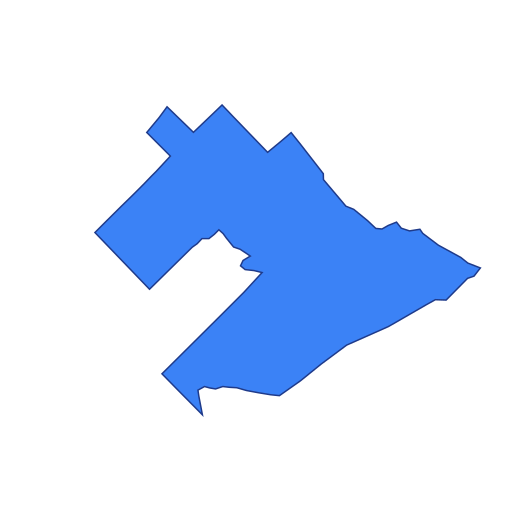 the district of Teutônia, Rio Grande do Sul, Brazil, rotated 225°
{"feature_id": "56859067B69463927018614", "entity_name": "Teutônia", "entity_type": "district", "adm_level": 2, "iso_a3": "BRA", "parent_name": "Brazil", "parent_adm1": "Rio Grande do Sul", "projection": "robinson", "projection_center": [-51.779, -29.465], "detail": "fine", "context": "isolated", "style": "filled", "palette": "blue", "viewbox_px": 512, "rotation_deg": 225, "n_neighbors": 0, "source": "geoboundaries", "source_scale": "gbopen_adm2", "svg_char_len": 1162}
<svg xmlns="http://www.w3.org/2000/svg" viewBox="0 0 512 512"><g transform="rotate(225 256 256)"><path d="M386.5,158.7L307.8,157.2L307.3,217.1L306.3,223.1L306.5,230.1L301.6,235.0L300.8,241.9L300.8,248.3L295.1,248.6L289.5,247.7L278.2,246.5L272.1,249.5L265.3,250.9L260.0,251.9L262.0,243.7L260.0,238.1L254.1,238.7L247.1,244.3L240.0,248.6L238.9,221.7L238.9,215.0L238.9,189.9L239.2,106.2L218.0,106.0L181.6,105.8L197.5,116.6L202.2,120.1L200.1,127.3L195.4,130.0L190.6,133.4L187.2,140.2L181.8,144.5L176.4,149.3L167.7,154.1L157.5,161.1L147.6,168.2L140.7,173.8L136.3,199.3L133.5,225.8L128.9,257.1L112.5,299.7L108.3,315.2L101.2,341.7L98.3,351.9L90.4,359.3L90.6,389.8L87.6,395.9L88.9,406.2L101.2,400.8L110.2,399.8L134.7,392.6L154.1,389.9L159.0,390.8L165.2,382.3L172.9,378.4L180.6,379.3L184.1,371.1L186.0,364.2L190.8,360.2L201.9,359.9L219.9,358.1L227.6,354.8L262.3,357.7L266.6,361.8L303.1,366.4L318.4,368.1L319.6,353.0L321.1,337.5L371.4,338.4L386.8,338.8L387.1,323.9L387.7,299.2L424.4,298.6L422.4,285.5L420.6,266.1L387.2,266.1L386.4,244.9L386.4,238.3L386.2,226.9L386.2,212.8L386.4,196.2L386.5,175.0L386.5,158.7Z" fill="#3b82f6" stroke="#1e3a8a" stroke-width="1.5"/></g></svg>